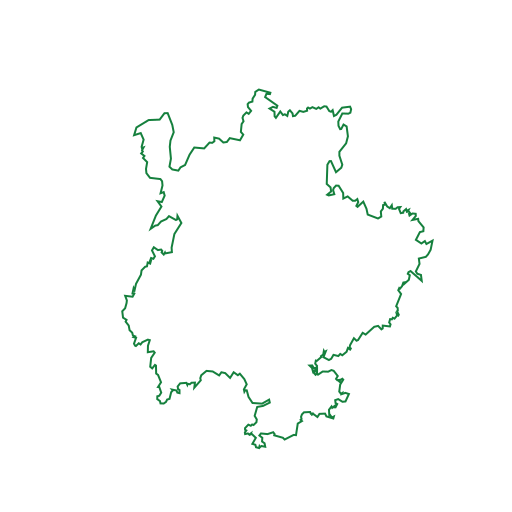 outline of Jessore, Khulna, Bangladesh, rotated 204°
{"feature_id": "16705992B28022870637862", "entity_name": "Jessore", "entity_type": "district", "adm_level": 2, "iso_a3": "BGD", "parent_name": "Bangladesh", "parent_adm1": "Khulna", "projection": "equal_earth", "projection_center": [89.196, 23.085], "detail": "fine", "context": "isolated", "style": "outline", "palette": "green", "viewbox_px": 512, "rotation_deg": 204, "n_neighbors": 0, "source": "geoboundaries", "source_scale": "gbopen_adm2", "svg_char_len": 6104}
<svg xmlns="http://www.w3.org/2000/svg" viewBox="0 0 512 512"><g transform="rotate(204 256 256)"><path d="M280.3,83.7L278.9,86.1L278.8,88.7L276.9,90.3L278.1,97.1L277.3,99.2L278.4,99.8L273.9,100.8L272.3,99.2L270.1,99.6L271.4,102.5L273.1,102.8L274.5,104.9L273.5,108.8L268.0,111.8L266.3,110.3L266.4,111.5L264.3,111.9L263.3,114.0L260.3,115.5L258.8,110.6L255.9,120.0L257.2,121.7L257.5,124.8L254.5,130.9L248.6,132.9L241.1,131.9L240.3,135.7L236.5,136.5L230.1,134.1L229.1,140.7L224.1,139.7L222.9,141.9L216.6,138.8L212.3,135.0L212.8,129.2L211.4,127.3L211.2,129.0L209.8,129.5L205.5,124.2L199.4,120.3L190.4,123.6L185.6,130.1L183.8,127.7L188.6,121.9L193.5,118.6L192.2,109.4L188.8,107.0L188.0,104.3L189.5,100.6L191.0,100.5L191.7,98.8L194.4,98.8L196.0,94.3L195.3,92.8L193.9,92.7L194.4,90.3L193.5,88.9L191.2,90.6L189.5,90.1L188.5,91.9L188.4,90.8L187.5,91.7L182.2,89.8L182.9,82.9L179.8,83.3L178.2,81.3L175.1,81.8L175.4,83.5L174.6,82.9L173.8,84.6L170.0,85.5L172.0,88.4L175.0,89.0L176.3,92.5L179.9,93.4L179.3,95.9L173.0,98.0L168.6,102.0L166.6,100.9L166.4,99.6L157.5,100.9L155.2,100.0L148.8,107.9L146.6,108.6L149.7,119.9L146.9,123.9L148.6,124.5L148.1,125.7L149.4,127.3L149.6,130.0L148.6,132.7L143.1,135.5L141.8,134.2L140.4,135.1L140.1,134.1L139.3,135.0L134.4,133.9L133.8,137.6L128.8,140.1L126.4,138.1L119.3,139.0L119.6,141.0L120.9,139.4L123.6,140.8L123.0,141.5L124.3,140.4L126.8,145.2L125.8,149.3L124.6,148.3L123.2,151.0L122.7,149.7L121.8,150.1L121.6,153.8L123.5,154.0L125.0,156.5L122.7,158.7L117.7,158.0L115.1,159.5L115.0,167.7L118.7,167.3L121.5,164.7L121.6,165.8L122.4,164.7L124.8,166.0L126.8,172.8L126.0,178.5L127.2,179.0L128.7,176.8L128.8,175.6L126.8,174.6L129.7,175.5L129.5,176.7L131.2,175.6L132.9,176.3L132.5,179.6L138.3,182.7L140.7,182.5L143.0,179.7L148.1,177.6L151.1,172.8L152.2,172.9L154.3,177.7L154.8,177.0L152.7,173.1L153.3,171.7L155.8,172.8L155.1,177.1L156.7,173.3L159.3,176.5L162.5,177.7L160.1,178.9L157.5,177.0L155.1,178.9L155.5,180.4L158.1,181.7L158.8,184.8L157.8,184.9L155.3,190.2L155.9,190.9L154.5,193.3L155.4,196.9L154.5,196.2L153.5,197.4L153.2,191.0L147.1,190.6L145.5,192.7L145.0,197.2L140.1,198.1L139.2,200.8L136.8,200.4L134.3,205.3L134.6,209.4L131.8,208.7L132.8,209.1L131.9,208.9L131.8,210.1L133.3,210.5L133.8,212.9L133.1,220.7L129.7,219.5L128.6,220.7L127.3,229.2L123.9,228.8L119.2,239.4L116.0,241.8L111.6,240.0L110.8,241.3L111.9,244.0L105.0,246.1L105.3,248.3L107.3,249.4L107.8,252.9L106.1,253.4L105.9,255.2L104.0,255.1L102.9,259.1L103.7,260.1L101.8,259.5L101.7,260.4L104.7,262.9L104.3,263.9L105.5,266.2L107.5,267.1L108.0,280.3L112.1,282.6L112.1,285.0L111.2,284.7L110.3,287.8L110.6,291.7L109.4,292.5L109.0,291.3L106.7,296.4L107.7,301.0L110.1,301.5L110.1,303.3L108.7,305.1L94.5,300.7L97.6,305.8L101.4,305.4L103.7,306.9L103.4,315.3L106.2,319.9L100.5,324.3L99.5,327.4L99.0,332.7L101.0,341.8L105.2,336.3L107.8,338.3L110.0,334.7L116.5,335.8L116.0,344.5L113.2,346.7L114.5,350.3L121.8,353.9L123.0,355.9L127.7,352.6L126.3,357.6L127.3,359.5L130.3,358.5L132.2,355.4L133.3,356.7L132.3,357.7L134.6,358.9L135.5,358.2L135.4,360.2L136.8,358.5L138.0,359.9L139.5,356.7L139.1,355.4L141.2,354.0L144.5,357.2L144.1,359.4L146.5,358.1L147.6,355.9L150.8,354.6L152.6,357.6L153.2,354.1L156.3,354.6L160.7,357.7L159.0,355.4L160.6,354.2L159.3,350.8L160.1,347.5L157.6,343.0L159.8,339.9L170.8,339.3L174.3,344.1L180.1,349.3L183.2,342.2L184.7,342.6L184.5,346.8L186.6,349.2L187.8,346.9L190.1,345.8L196.5,347.7L199.6,344.0L202.0,349.0L209.1,353.8L211.5,352.9L212.6,349.7L212.4,347.6L209.6,344.3L214.2,340.9L215.9,340.9L213.6,345.5L215.8,349.0L220.7,350.6L227.9,368.4L227.4,372.6L226.1,373.2L217.0,365.1L214.0,371.3L214.3,374.5L220.6,381.5L222.2,385.1L219.5,395.6L220.7,402.7L225.9,411.2L229.5,411.7L229.8,406.7L230.7,406.1L233.6,408.5L235.5,412.3L235.1,421.3L229.5,423.6L228.1,425.3L228.8,428.8L230.8,430.7L237.7,426.5L240.0,417.7L241.7,415.6L245.3,420.4L246.1,418.3L248.0,418.2L252.4,421.2L254.6,420.5L257.2,416.8L259.3,417.3L260.8,414.9L265.0,414.9L266.7,412.6L268.8,412.8L269.4,411.5L268.4,409.5L271.4,406.9L275.3,406.3L277.2,400.1L279.1,398.8L280.6,401.1L284.3,402.9L285.2,401.0L284.4,396.7L287.3,397.2L288.7,395.7L292.6,397.9L294.0,390.3L295.8,391.2L297.8,395.3L303.6,396.2L301.2,399.1L297.4,399.7L297.6,402.0L312.3,404.9L312.4,408.4L309.1,409.6L309.3,411.0L321.1,409.2L323.4,405.6L322.4,402.9L323.1,398.4L322.1,395.6L324.8,393.3L325.4,391.3L323.9,388.8L319.5,386.6L320.5,382.9L323.1,383.3L324.7,379.1L324.5,376.7L322.2,374.0L322.8,370.7L320.3,363.2L317.0,361.7L317.7,355.2L327.9,353.0L329.0,348.3L332.0,346.4L337.5,348.2L342.3,347.2L340.7,343.9L342.0,341.6L344.6,340.7L347.1,333.2L356.5,330.0L357.9,321.6L357.8,310.3L361.0,306.3L361.7,302.4L367.7,301.0L371.4,302.4L373.3,310.3L379.2,320.7L381.1,326.7L381.5,335.6L385.8,341.7L394.8,350.6L397.7,349.2L399.5,341.4L409.4,336.5L417.5,324.8L416.5,316.8L411.3,321.4L406.0,316.6L404.9,309.2L404.1,308.2L402.9,309.4L403.1,306.2L401.9,305.4L402.6,303.0L398.6,302.0L399.1,299.6L393.6,297.5L391.9,290.8L389.8,287.1L384.6,284.3L374.6,287.4L372.2,286.1L370.1,282.4L368.7,274.5L366.3,276.8L364.0,274.0L364.0,267.0L368.2,266.0L362.5,262.7L363.9,252.2L363.3,238.0L360.4,242.8L358.3,244.2L356.8,248.9L352.9,253.3L351.7,257.0L343.8,256.3L342.9,257.4L344.1,260.8L337.6,255.8L339.5,242.9L336.5,229.3L334.4,225.3L339.9,221.5L340.6,222.2L340.9,219.8L343.7,220.9L343.7,222.5L345.3,223.3L348.0,221.5L352.9,222.4L353.3,218.8L348.2,214.6L348.6,211.7L351.0,211.5L350.8,207.8L350.0,208.6L349.6,206.0L352.3,206.0L351.4,202.2L352.9,201.1L354.7,196.3L353.5,192.1L354.3,181.8L353.0,175.3L354.7,176.8L353.6,171.5L351.9,171.9L352.2,168.6L359.3,166.4L355.9,162.9L355.1,160.3L354.3,155.0L355.7,151.1L352.4,145.6L348.3,145.0L348.4,143.0L344.0,140.7L341.3,136.8L337.9,135.6L336.1,133.3L334.0,133.4L334.7,132.1L332.3,132.5L331.8,126.3L330.0,124.9L329.1,124.9L327.6,128.6L325.5,128.2L324.8,131.0L320.8,135.6L318.8,135.9L318.2,130.1L315.7,124.1L310.8,127.3L309.2,126.5L310.3,120.3L307.6,111.8L305.1,111.1L304.0,115.4L302.8,115.2L299.4,108.0L297.1,107.5L291.4,102.0L292.2,96.5L291.0,96.9L287.0,92.6L287.5,89.0L289.1,87.7L288.0,85.1L284.7,84.4L283.3,82.5L280.3,83.7Z" fill="none" stroke="#15803d" stroke-width="2"/></g></svg>